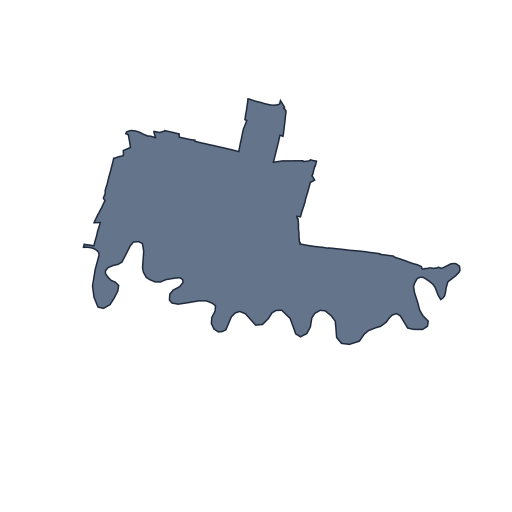 Rachiteni, Iasi, Romania, rotated 128°
{"feature_id": "2599482B67197687394814", "entity_name": "Rachiteni", "entity_type": "district", "adm_level": 2, "iso_a3": "ROU", "parent_name": "Romania", "parent_adm1": "Iasi", "projection": "orthographic", "projection_center": [26.897, 47.06], "detail": "fine", "context": "isolated", "style": "filled", "palette": "slate", "viewbox_px": 512, "rotation_deg": 128, "n_neighbors": 0, "source": "geoboundaries", "source_scale": "gbopen_adm2", "svg_char_len": 6090}
<svg xmlns="http://www.w3.org/2000/svg" viewBox="0 0 512 512"><g transform="rotate(128 256 256)"><path d="M352.5,398.6L355.4,397.3L353.2,394.6L351.5,391.9L350.2,388.9L349.7,386.1L349.7,383.7L350.4,381.7L352.1,380.1L355.7,378.6L365.5,374.5L380.4,366.3L388.3,358.2L393.1,349.8L393.5,348.9L391.1,343.9L384.2,341.1L376.8,341.8L368.8,343.3L363.9,346.0L363.2,350.7L364.4,355.3L363.9,359.1L362.7,363.5L360.5,365.5L356.1,365.4L351.1,362.5L347.6,359.6L343.4,357.9L336.3,359.2L325.6,361.3L320.4,361.2L316.9,357.2L316.1,353.2L321.4,347.4L335.1,338.2L338.1,334.7L340.4,329.3L340.0,325.0L338.6,319.7L335.4,315.4L329.9,312.3L323.4,306.3L320.1,302.8L319.7,299.4L321.7,297.2L327.3,297.3L333.8,300.3L339.2,300.4L344.0,297.1L344.8,293.3L341.9,287.7L334.4,280.6L326.5,273.4L322.0,267.6L320.1,261.3L320.2,257.3L324.6,254.3L331.6,253.0L336.7,249.6L339.4,244.2L339.0,238.9L336.2,236.0L332.6,234.3L319.0,238.0L313.8,237.4L309.7,234.7L308.0,228.7L309.7,219.4L310.7,213.7L305.9,208.7L297.7,207.7L290.9,208.4L286.5,206.6L282.9,202.3L284.2,190.6L289.1,182.8L292.9,176.8L292.3,171.2L285.9,168.2L278.6,169.4L270.6,173.8L265.1,174.4L259.3,172.0L256.6,167.7L256.8,159.9L258.5,153.5L264.1,148.2L270.6,142.3L272.2,134.8L268.2,128.1L259.5,122.1L251.1,122.6L245.5,121.4L238.7,117.4L234.9,114.6L233.4,114.1L228.2,112.7L222.3,112.8L218.7,112.3L214.9,109.8L214.3,105.6L216.2,100.5L219.4,92.1L216.8,86.6L211.3,79.5L205.8,77.6L201.3,80.2L200.3,87.8L197.8,93.8L193.1,99.9L190.0,104.5L187.3,108.5L183.0,113.1L178.9,114.5L174.3,115.0L171.8,113.6L170.0,111.3L169.6,108.5L169.2,103.7L169.4,98.9L170.5,95.5L174.7,88.5L176.6,83.6L173.7,82.8L171.4,82.8L167.8,84.4L163.7,86.7L158.2,88.9L153.5,87.7L148.8,86.5L143.5,86.0L143.1,86.1L141.6,86.5L140.4,87.6L139.5,88.7L138.7,89.5L138.8,91.1L138.9,92.2L138.9,93.0L139.1,94.0L139.6,94.8L140.7,96.1L142.3,97.7L143.0,98.0L147.5,100.1L150.6,101.6L151.8,102.7L152.0,103.7L152.6,105.4L153.7,105.8L154.7,106.7L155.5,107.6L156.8,109.0L157.4,110.3L158.0,111.2L159.1,112.5L160.6,113.4L160.9,114.0L161.5,114.8L161.9,115.1L163.1,116.0L163.6,116.4L163.7,117.0L163.7,117.8L162.9,118.3L162.7,118.7L162.7,119.7L163.0,121.5L163.5,123.2L164.1,124.9L164.8,126.3L165.2,127.4L165.9,129.2L166.3,130.6L166.9,132.3L167.2,133.4L167.6,134.8L168.0,136.1L168.6,137.5L169.0,138.7L169.3,139.8L169.7,140.9L170.2,142.3L170.7,143.4L171.1,144.8L171.6,146.3L171.5,147.8L172.6,149.6L174.1,152.1L175.1,153.9L175.6,154.8L176.2,155.7L177.1,157.2L177.7,158.2L178.4,159.4L177.9,159.8L178.4,160.6L178.8,161.4L179.2,161.9L180.1,163.5L180.9,164.9L181.9,166.5L182.8,168.0L183.9,169.9L184.9,171.8L185.8,173.3L186.9,175.1L188.0,176.9L189.9,179.7L191.9,182.9L193.6,185.3L195.6,188.7L196.8,190.8L198.4,193.3L199.1,194.5L200.6,196.8L203.2,201.1L205.0,203.8L205.2,203.7L205.9,204.7L206.4,205.7L207.0,206.6L208.0,208.7L208.5,209.5L209.3,210.6L209.8,211.4L210.8,213.1L212.3,215.5L213.5,217.6L215.3,220.7L216.0,222.2L216.8,223.6L218.9,227.7L219.4,228.8L219.0,228.8L218.4,229.1L218.2,229.8L218.2,230.4L216.3,232.1L214.2,234.1L212.7,235.3L212.2,235.7L211.4,236.4L209.6,238.1L208.6,239.1L208.0,239.7L205.8,241.3L205.2,241.8L202.2,244.5L200.8,245.9L201.1,246.4L199.6,248.2L197.7,245.1L195.8,245.9L194.5,246.5L190.4,248.0L189.8,248.2L189.1,248.5L187.8,248.9L186.8,249.2L185.9,249.7L183.5,250.5L182.7,250.9L180.6,252.0L179.0,252.6L177.5,253.2L176.9,253.4L176.1,253.8L174.8,254.2L174.0,254.5L172.1,255.3L171.2,255.7L166.8,257.5L164.7,258.5L160.1,256.5L159.8,257.2L159.3,258.4L158.9,259.4L158.7,259.9L158.4,261.3L157.3,261.4L156.8,261.5L154.8,262.4L153.3,263.1L151.6,263.9L150.4,264.3L149.2,264.9L148.9,264.6L144.0,266.7L144.0,266.8L144.2,267.1L145.7,269.9L146.7,272.3L148.4,272.7L152.5,276.9L152.1,277.7L157.1,284.0L160.4,288.1L164.7,293.6L171.4,300.0L152.5,308.4L152.0,308.7L151.4,308.9L150.5,309.4L146.0,311.5L145.1,308.4L142.7,309.7L138.5,312.2L135.9,313.8L133.2,315.4L130.3,317.2L128.1,318.6L123.9,321.1L123.6,321.3L123.2,321.8L122.9,322.5L122.8,323.1L122.8,323.5L122.6,324.7L122.4,325.1L121.9,324.6L121.1,325.4L120.4,327.1L118.5,332.4L121.4,331.1L121.5,331.2L121.8,331.2L122.6,331.4L123.0,331.7L123.9,332.5L124.9,333.4L125.9,334.5L127.2,336.2L128.2,337.8L129.1,339.7L130.5,342.7L131.1,344.1L131.6,345.5L132.0,346.8L132.5,347.6L133.3,349.4L134.1,351.2L134.7,352.5L134.8,352.8L135.0,353.9L135.6,355.1L136.1,356.7L136.3,357.5L136.6,358.4L137.2,359.1L138.0,358.5L139.9,357.3L143.5,355.3L146.7,353.4L150.0,351.7L151.7,350.8L153.5,349.7L155.4,348.7L154.9,346.7L160.6,344.9L162.0,344.6L163.2,344.3L167.9,342.1L173.2,339.4L176.3,338.0L179.4,336.4L181.6,335.3L183.2,334.5L184.3,333.8L185.3,336.1L187.7,341.6L190.1,346.8L193.0,352.9L195.9,359.1L196.8,360.8L199.1,365.9L200.3,368.2L201.5,370.9L203.2,374.8L202.3,375.4L203.6,377.6L204.6,379.3L205.6,381.3L209.0,388.4L209.5,389.6L209.6,389.8L207.5,391.4L207.1,391.7L210.2,398.4L211.9,402.0L213.3,405.0L213.6,404.8L217.7,407.7L217.9,407.8L220.1,412.1L220.7,413.2L220.9,413.1L221.6,412.2L222.8,410.5L223.7,409.4L224.5,408.0L224.9,408.4L224.9,408.6L225.2,409.5L225.5,410.3L225.8,410.9L226.0,411.8L227.0,413.7L228.1,415.2L228.4,415.7L228.4,416.1L228.5,416.8L228.7,417.6L229.0,418.5L229.2,418.9L229.4,419.7L229.7,421.5L229.9,422.9L230.7,425.5L231.9,428.4L232.6,429.4L233.4,430.9L234.1,431.7L235.6,433.0L237.4,434.1L237.9,434.4L238.4,434.2L239.8,433.9L239.0,431.1L239.5,430.8L240.7,429.4L242.8,427.1L244.0,425.7L247.8,421.8L254.7,425.5L256.9,423.5L258.8,422.4L262.1,425.2L266.2,427.8L266.5,428.3L267.3,428.0L268.7,427.3L270.7,426.4L272.5,425.6L273.5,425.2L274.6,424.7L275.3,424.4L276.5,423.9L278.2,423.1L281.2,421.9L286.6,419.6L290.0,418.0L293.0,416.8L295.3,416.0L297.6,415.0L297.9,414.6L298.8,413.9L299.7,413.3L301.1,412.8L302.2,412.6L304.5,411.8L305.4,409.0L307.3,408.7L310.2,408.1L313.0,407.4L315.5,407.0L317.2,406.7L318.8,406.3L320.8,406.1L329.0,404.3L329.5,404.1L325.5,399.3L326.1,399.0L327.2,398.6L328.1,398.2L329.0,397.9L330.7,397.3L332.8,396.5L334.2,396.0L335.6,395.3L336.8,394.7L338.5,393.9L340.8,393.0L342.9,392.2L346.1,390.8L347.8,390.0L348.8,392.0L349.4,393.1L349.9,394.0L350.4,394.8L350.9,395.7L351.2,396.2L351.8,397.1L352.2,397.9L352.5,398.6Z" fill="#64748b" stroke="#1e293b" stroke-width="1.5"/></g></svg>